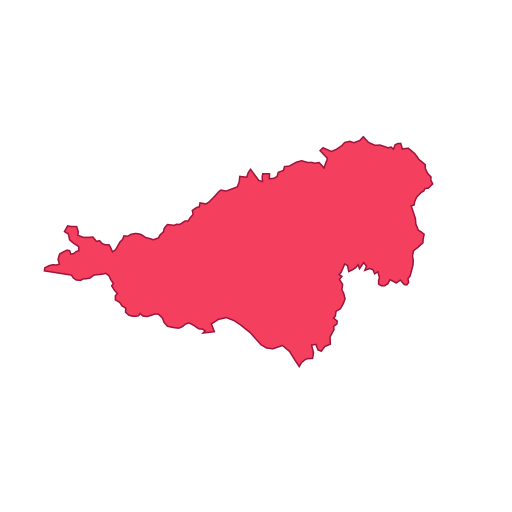 Salto do Jacuí, Rio Grande do Sul, Brazil, rotated 151°
{"feature_id": "56859067B37643782089804", "entity_name": "Salto do Jacuí", "entity_type": "district", "adm_level": 2, "iso_a3": "BRA", "parent_name": "Brazil", "parent_adm1": "Rio Grande do Sul", "projection": "robinson", "projection_center": [-53.231, -29.069], "detail": "fine", "context": "isolated", "style": "filled", "palette": "rose", "viewbox_px": 512, "rotation_deg": 151, "n_neighbors": 0, "source": "geoboundaries", "source_scale": "gbopen_adm2", "svg_char_len": 3403}
<svg xmlns="http://www.w3.org/2000/svg" viewBox="0 0 512 512"><g transform="rotate(151 256 256)"><path d="M448.3,345.6L426.7,328.8L426.4,325.4L424.8,322.1L421.1,319.7L418.4,319.8L415.5,318.4L411.9,317.2L406.9,317.9L402.6,316.0L399.2,314.6L395.9,313.7L394.2,310.1L394.5,305.8L394.1,301.1L396.7,299.9L396.4,294.8L395.5,290.3L398.3,289.4L400.3,285.8L397.7,281.5L397.4,277.3L395.2,273.6L397.4,270.0L395.9,265.9L393.3,263.3L390.6,261.7L387.8,260.7L385.3,261.9L384.0,258.3L380.5,255.8L376.1,254.9L373.0,254.4L369.7,252.8L367.9,247.2L368.6,242.4L367.5,237.5L364.8,235.0L361.8,232.6L358.5,230.3L354.5,229.9L350.9,230.7L347.2,230.0L345.4,227.7L343.6,224.6L341.4,220.1L338.2,217.9L336.8,215.2L339.7,214.3L329.1,210.0L328.0,218.2L319.7,218.8L311.8,216.5L306.3,209.9L303.1,203.6L298.2,191.7L294.6,175.9L291.5,170.6L286.4,166.7L276.2,164.9L272.9,156.2L272.4,145.9L271.8,138.3L268.0,140.7L263.8,141.5L261.2,141.4L256.2,139.0L252.6,143.5L250.6,151.1L246.5,149.7L247.3,143.8L245.1,141.1L239.5,143.5L233.7,142.8L230.5,149.3L223.4,153.9L222.3,156.8L218.2,157.3L216.5,159.7L218.3,164.1L215.7,165.0L212.8,168.8L207.7,169.0L202.9,171.9L198.9,175.3L197.5,180.5L197.2,185.0L194.0,189.1L194.4,195.1L190.7,196.6L192.4,199.5L189.4,200.5L182.3,206.0L180.6,203.3L182.4,197.4L178.5,197.2L174.7,197.4L171.0,198.8L171.6,194.7L165.1,198.0L164.2,193.6L167.8,190.7L162.7,189.9L160.3,187.2L160.9,182.9L157.0,183.1L158.6,177.1L160.8,175.0L162.4,171.9L160.9,169.3L158.0,167.6L154.1,167.8L150.3,170.4L146.4,164.4L141.4,165.0L140.2,159.2L138.1,157.6L135.3,158.9L134.1,162.5L130.9,163.8L123.4,171.6L120.7,175.6L119.1,180.2L115.6,184.3L111.0,184.9L103.6,186.6L101.6,189.8L98.4,193.5L99.8,196.9L101.5,200.0L100.7,206.5L98.4,211.5L96.0,224.5L93.0,224.0L90.9,226.6L86.9,229.6L80.9,231.5L77.7,231.5L75.5,233.1L72.3,231.8L66.5,233.4L66.3,237.7L64.6,240.3L65.8,244.8L65.5,250.3L63.7,253.8L65.1,257.6L66.8,261.7L67.0,265.1L67.6,268.7L69.1,272.9L70.6,276.5L76.1,278.7L74.8,284.3L77.4,285.6L80.4,285.8L84.0,282.8L85.1,285.9L87.9,286.5L93.7,292.9L98.2,295.1L102.5,300.7L104.3,308.3L109.2,306.7L115.6,307.7L118.3,310.8L123.4,312.3L127.5,310.9L134.1,310.3L139.4,310.9L144.9,318.2L148.9,317.1L146.2,306.7L151.6,302.0L153.9,300.0L154.6,303.6L155.5,307.2L159.6,308.6L161.9,310.9L165.2,312.5L169.9,317.2L175.3,318.5L183.5,318.5L187.7,320.4L190.6,317.5L196.0,318.4L199.0,315.3L202.7,315.3L206.9,317.1L204.3,321.3L210.2,324.7L212.3,322.1L214.2,318.0L216.9,320.6L218.8,334.5L222.6,332.5L225.9,329.4L231.6,333.5L234.8,328.9L238.9,325.5L250.8,327.3L254.7,330.7L257.4,330.3L265.0,327.7L270.7,326.1L274.4,325.7L279.2,329.6L281.8,326.5L284.3,327.2L289.6,326.8L290.8,322.9L294.7,321.5L298.5,319.5L301.0,321.0L307.4,320.6L310.2,322.3L312.7,322.5L318.3,326.5L322.9,324.7L325.1,322.1L329.6,321.0L332.8,319.1L337.9,320.0L340.8,323.1L343.6,325.7L345.9,330.3L347.8,332.2L350.4,334.1L354.8,335.6L358.6,335.4L361.7,337.7L364.7,335.1L368.0,334.3L375.7,329.6L379.5,329.2L379.1,333.5L379.0,336.9L382.2,338.8L384.4,341.1L385.4,345.3L388.4,346.1L389.5,351.7L393.1,353.3L398.1,356.1L401.8,360.6L399.7,363.3L398.6,368.7L403.7,371.6L406.1,373.7L411.7,370.2L409.5,366.3L410.2,363.5L411.2,360.6L409.9,356.9L408.2,353.4L406.5,350.2L408.5,346.5L411.0,347.1L414.2,346.5L417.1,347.3L416.4,351.0L418.5,352.8L422.3,353.0L426.6,353.0L429.0,350.9L430.9,348.7L431.8,344.2L435.3,345.0L437.7,346.8L441.6,347.9L446.5,348.0L448.3,345.6Z" fill="#f43f5e" stroke="#9f1239" stroke-width="1.5"/></g></svg>